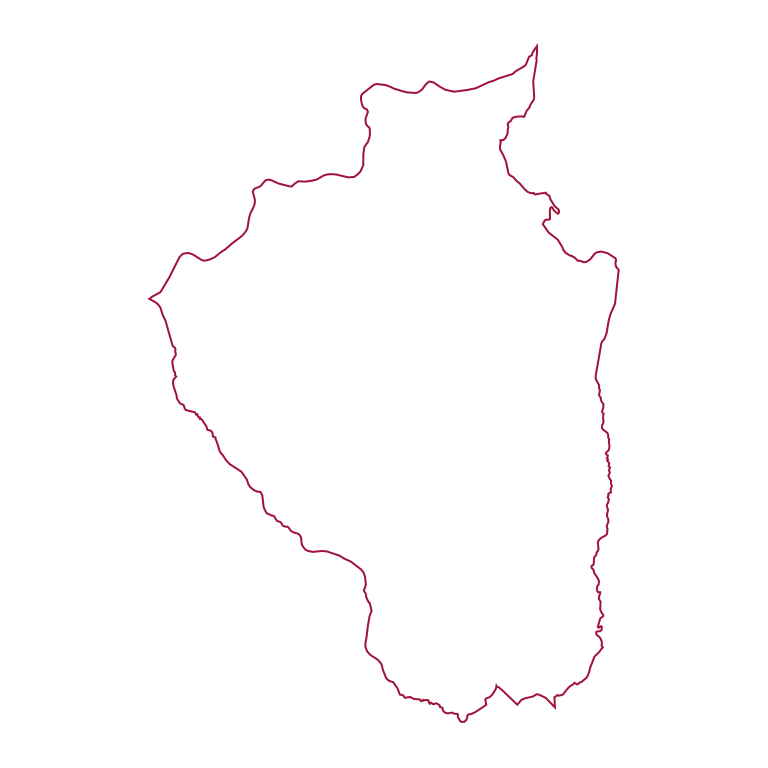 the district of Tutazá, Boyacá, Colombia
{"feature_id": "7082276B26518640564592", "entity_name": "Tutazá", "entity_type": "district", "adm_level": 2, "iso_a3": "COL", "parent_name": "Colombia", "parent_adm1": "Boyacá", "projection": "robinson", "projection_center": [-72.847, 6.08], "detail": "fine", "context": "isolated", "style": "outline", "palette": "rose", "viewbox_px": 768, "rotation_deg": 0, "n_neighbors": 0, "source": "geoboundaries", "source_scale": "gbopen_adm2", "svg_char_len": 6089}
<svg xmlns="http://www.w3.org/2000/svg" viewBox="0 0 768 768"><path d="M610.5,314.1L615.0,303.8L618.7,269.9L616.6,267.5L615.8,265.9L615.4,263.4L616.1,259.9L615.3,258.2L607.8,253.3L601.1,251.5L596.6,252.4L594.5,253.9L590.2,259.4L586.6,261.8L584.0,262.3L580.1,260.8L577.7,260.7L574.3,257.3L573.3,257.1L571.9,255.9L570.0,255.6L564.8,252.3L564.6,251.1L563.3,250.1L562.5,247.4L557.7,239.6L548.7,232.6L542.8,224.2L544.0,221.7L545.6,219.7L549.3,219.6L550.0,219.0L549.8,211.9L550.3,208.2L550.8,207.5L551.7,207.1L552.3,207.5L553.8,210.3L557.5,213.6L558.1,213.7L559.0,212.4L559.0,211.0L558.5,209.5L554.4,205.9L550.4,199.2L549.3,195.8L546.1,193.8L545.8,192.7L535.0,194.4L534.3,194.1L533.8,193.0L531.1,193.2L527.8,192.0L524.8,189.4L519.8,183.6L516.5,180.8L513.2,177.1L509.2,174.8L508.5,173.5L506.0,161.6L503.5,155.6L500.1,149.3L500.0,146.2L500.8,141.6L500.3,140.3L503.5,140.0L505.8,137.6L507.7,133.0L507.7,129.9L508.4,127.4L507.7,124.1L508.3,122.8L510.9,120.8L512.6,117.8L516.7,116.6L522.4,116.4L523.8,116.9L524.3,116.6L526.5,111.0L529.1,107.9L530.9,103.9L533.6,100.0L534.2,97.1L533.2,81.4L536.6,60.6L536.4,58.3L537.1,51.8L536.9,46.1L532.6,52.5L531.8,55.3L529.1,56.7L525.7,65.1L524.4,66.1L515.3,71.5L512.7,74.0L498.9,78.3L492.9,81.0L488.7,82.2L476.0,88.2L467.7,89.9L454.3,91.7L445.7,89.9L440.0,86.8L433.5,82.4L429.2,81.5L426.0,84.1L422.2,89.4L418.8,91.9L416.6,92.9L412.7,92.8L407.2,92.4L402.0,91.1L393.6,88.5L390.7,86.9L385.3,85.0L376.7,84.0L373.8,84.8L362.3,93.9L361.1,96.0L360.9,99.6L362.3,105.5L364.0,108.1L366.8,109.4L367.9,111.9L365.6,118.4L365.5,121.7L366.2,124.1L367.4,126.1L369.0,127.2L369.8,128.8L369.9,134.9L369.5,137.2L367.8,142.3L365.2,145.6L364.2,147.6L363.3,154.8L363.3,165.1L360.4,171.6L357.1,174.8L354.2,176.9L348.4,177.4L336.1,174.5L330.7,174.1L327.1,174.5L323.4,175.6L317.1,179.4L312.5,180.6L305.6,181.6L298.2,181.3L294.0,184.2L292.2,186.2L290.0,186.5L278.2,183.4L270.4,179.8L267.2,179.8L265.2,180.6L261.1,185.5L259.4,186.8L254.8,188.5L253.5,190.0L252.8,191.8L254.8,199.5L254.9,202.5L254.0,206.1L250.3,213.6L249.0,218.3L247.5,227.9L246.4,230.5L244.2,233.5L241.1,236.6L232.6,243.0L224.7,249.8L221.4,251.8L214.6,257.3L209.6,259.5L205.6,260.6L203.4,260.6L201.1,259.7L193.5,254.8L189.4,253.2L186.5,253.1L182.9,253.8L179.5,257.1L169.5,277.0L160.5,292.1L152.2,296.7L149.3,298.9L155.9,302.5L158.1,304.5L160.4,307.6L162.9,315.5L165.5,320.7L172.6,345.8L175.0,347.8L175.4,348.9L175.2,351.4L175.9,354.7L172.5,360.4L172.4,363.3L173.8,371.0L175.1,372.5L175.1,375.4L176.2,376.6L173.3,379.9L173.0,383.3L173.8,387.1L176.7,395.7L176.8,398.3L179.5,402.7L180.7,403.8L183.1,404.7L183.8,405.3L184.7,408.4L185.7,410.0L194.9,412.3L196.2,414.7L197.4,414.3L198.2,417.0L199.9,417.4L199.9,419.0L201.7,419.3L206.5,426.6L207.2,429.4L207.7,429.9L210.6,430.6L211.5,431.4L212.5,432.9L212.9,436.5L215.4,437.4L215.6,439.2L216.7,441.6L219.5,450.5L220.8,453.1L222.9,455.3L226.2,460.4L229.7,464.1L241.3,471.6L246.7,479.2L248.5,484.5L250.2,487.1L254.0,490.2L257.4,491.6L260.1,491.8L261.1,492.8L262.3,495.4L263.6,506.8L264.8,509.9L266.8,513.3L271.4,515.4L273.9,516.0L276.9,520.9L279.8,521.8L281.1,522.7L282.7,525.6L285.2,526.7L287.5,526.7L288.6,527.6L290.9,530.9L293.8,532.5L298.2,533.7L299.5,534.9L301.0,537.3L301.9,544.9L305.0,549.3L307.8,550.9L312.6,551.9L321.5,551.0L326.8,551.4L339.6,555.7L344.2,558.6L350.9,561.6L361.0,569.4L363.7,572.8L365.1,577.2L365.9,584.6L363.9,590.6L365.8,593.8L366.2,597.0L367.5,600.0L368.9,602.6L369.8,603.2L371.6,610.8L369.6,616.0L368.0,625.1L366.4,638.2L365.4,643.1L365.5,647.3L367.2,651.4L370.4,655.0L377.5,659.5L380.7,663.0L381.8,665.2L382.9,669.9L386.2,678.2L388.8,680.7L393.3,682.3L397.5,688.3L399.8,694.5L403.4,695.5L404.9,697.8L410.1,697.0L414.1,699.0L419.7,699.4L421.1,701.2L421.7,701.2L422.9,699.9L423.6,700.6L425.3,700.0L428.3,700.2L429.4,703.4L430.0,703.8L431.1,702.7L433.4,704.3L435.9,703.3L437.3,703.7L439.6,705.3L440.1,707.2L442.0,707.5L442.5,708.0L443.0,710.7L444.8,712.5L447.6,713.4L452.0,712.6L454.1,713.7L457.5,713.9L457.9,714.6L457.8,716.9L459.9,720.6L461.0,721.7L463.6,721.9L464.3,721.9L466.3,719.9L467.3,717.3L467.3,715.6L468.5,714.4L471.0,714.1L475.2,712.2L486.3,704.8L485.3,700.1L485.7,698.7L489.9,697.0L492.6,694.2L495.9,688.9L496.4,686.0L496.7,686.6L498.9,687.4L503.3,691.2L517.3,704.7L521.4,699.9L524.8,698.4L532.9,696.5L536.8,694.2L539.3,694.8L545.8,697.9L554.9,707.4L554.4,697.3L557.6,695.0L558.3,695.7L559.3,695.6L562.9,694.6L567.8,688.4L570.3,686.0L572.8,684.6L574.5,682.8L576.9,684.4L577.8,684.2L579.3,682.8L581.7,681.8L586.3,677.9L587.3,676.5L589.3,671.7L590.1,667.9L594.5,656.6L598.6,652.6L602.8,647.3L601.6,645.9L601.9,642.0L600.7,638.8L599.5,637.2L596.7,634.7L596.1,633.4L596.4,631.9L597.0,631.4L600.1,631.2L601.6,629.8L601.9,627.7L601.5,626.3L600.7,626.3L598.8,627.7L597.9,627.1L597.9,626.5L600.2,618.6L603.4,615.9L603.1,614.5L601.8,613.1L600.2,609.4L600.6,601.6L598.9,599.0L598.8,598.1L599.4,595.1L600.3,593.5L600.2,592.2L598.1,592.2L597.2,591.0L596.9,589.7L596.9,587.8L597.5,585.8L598.6,584.6L599.0,581.4L597.9,578.4L594.2,573.0L593.4,569.7L591.6,567.8L591.4,567.0L591.7,565.8L592.9,565.2L593.7,563.9L594.1,557.5L596.3,554.7L596.6,552.5L598.2,550.4L598.5,548.5L597.8,543.0L598.5,540.8L599.1,539.7L601.1,537.9L605.6,535.5L606.9,534.1L607.3,532.9L607.1,531.3L607.6,529.0L607.0,527.8L606.8,525.9L608.3,521.9L608.4,519.8L606.9,515.7L607.3,512.8L608.1,510.2L606.7,505.6L608.2,502.2L608.9,499.1L607.7,497.3L608.6,495.4L608.1,494.5L608.6,493.5L611.0,492.4L610.6,489.1L611.9,486.0L611.0,483.6L611.1,480.6L609.9,479.2L608.4,475.6L609.9,472.5L608.9,470.3L610.1,467.6L608.6,466.1L609.2,463.2L607.2,460.6L608.0,459.5L606.8,458.0L607.7,456.8L607.8,455.5L606.3,454.4L605.8,453.4L606.2,452.5L608.2,450.8L609.0,449.2L609.5,446.3L608.8,442.2L609.2,439.8L608.2,437.3L608.1,434.5L607.3,432.8L603.0,429.6L602.0,428.1L602.2,424.7L603.2,423.4L603.5,421.4L603.1,418.0L603.2,415.0L603.7,413.9L602.2,412.2L602.0,411.3L603.1,408.3L603.5,404.3L601.3,401.1L600.5,397.1L599.3,396.0L599.1,394.6L600.0,390.2L599.1,388.5L599.1,385.3L595.9,379.3L595.6,376.3L601.4,343.1L602.4,341.2L604.4,339.0L606.6,333.1L608.7,320.5L610.5,314.1Z" fill="none" stroke="#9f1239" stroke-width="2"/></svg>